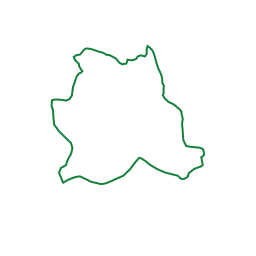 Labe, Labé, Guinea (Robinson projection), rotated 121°
{"feature_id": "49546643B62226026687736", "entity_name": "Labe", "entity_type": "district", "adm_level": 2, "iso_a3": "GIN", "parent_name": "Guinea", "parent_adm1": "Labé", "projection": "robinson", "projection_center": [-12.343, 11.413], "detail": "fine", "context": "isolated", "style": "outline", "palette": "green", "viewbox_px": 256, "rotation_deg": 121, "n_neighbors": 0, "source": "geoboundaries", "source_scale": "gbopen_adm2", "svg_char_len": 1672}
<svg xmlns="http://www.w3.org/2000/svg" viewBox="0 0 256 256"><g transform="rotate(121 128 128)"><path d="M201.9,164.1L208.3,155.5L208.3,155.4L203.1,152.6L197.6,148.3L194.2,144.4L193.3,135.4L193.2,132.0L191.2,126.3L190.4,123.2L189.1,121.0L186.9,118.6L183.4,115.8L178.2,112.3L171.3,107.4L162.7,105.1L153.5,104.1L147.7,103.1L147.2,100.3L147.4,95.9L148.2,90.2L148.2,81.7L147.0,72.9L143.3,60.9L144.2,56.1L142.7,53.7L139.4,51.7L135.3,52.6L129.3,50.3L127.6,49.1L123.3,45.6L121.2,44.9L115.3,50.1L114.8,49.8L113.3,49.4L112.6,49.1L112.1,49.2L111.3,49.1L109.1,51.0L107.4,53.2L108.1,56.7L112.0,64.8L113.4,69.0L109.9,74.3L104.7,78.0L102.4,79.6L96.3,84.0L91.8,85.8L88.7,89.0L86.5,90.6L85.4,93.5L84.2,100.9L84.8,106.4L83.9,111.2L82.2,114.6L81.8,115.2L80.0,115.2L76.5,117.5L73.2,119.1L71.8,121.7L69.9,122.9L68.3,123.9L65.4,126.8L64.7,127.7L61.7,132.2L58.3,136.3L55.7,139.1L53.0,141.7L50.2,145.1L48.9,147.1L47.8,151.0L47.7,153.4L48.8,153.1L50.7,152.6L54.6,150.3L57.9,150.3L59.2,154.6L61.8,156.5L65.1,156.8L68.1,159.7L69.6,163.5L73.6,162.6L76.3,165.6L76.5,169.2L74.7,174.0L74.8,177.5L75.0,181.4L76.2,183.7L76.4,188.3L77.3,191.5L77.8,193.2L78.5,196.7L79.0,199.1L79.5,200.6L80.8,204.0L82.0,205.3L84.8,206.3L87.1,206.5L89.8,207.0L91.4,208.9L92.3,209.8L95.0,211.1L97.2,208.0L98.2,203.3L100.3,201.6L101.8,198.7L102.7,196.4L104.9,196.8L106.5,198.1L109.8,198.6L120.9,196.3L129.2,192.8L133.3,193.0L136.4,195.2L138.6,200.7L141.6,205.9L143.5,207.5L148.5,204.8L150.9,202.0L151.0,201.7L155.6,198.6L160.3,195.2L163.0,193.3L166.2,185.8L168.2,177.9L170.2,169.2L173.8,165.3L179.3,163.5L185.9,163.3L188.5,162.8L191.9,162.0L196.7,164.9L201.9,164.1Z" fill="none" stroke="#15803d" stroke-width="2"/></g></svg>